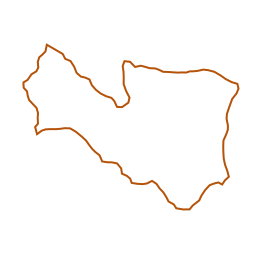 Ascurra, Santa Catarina, Brazil, rotated 184°
{"feature_id": "56859067B70069484893186", "entity_name": "Ascurra", "entity_type": "district", "adm_level": 2, "iso_a3": "BRA", "parent_name": "Brazil", "parent_adm1": "Santa Catarina", "projection": "albers", "projection_center": [-49.389, -26.969], "detail": "fine", "context": "isolated", "style": "outline", "palette": "amber", "viewbox_px": 256, "rotation_deg": 184, "n_neighbors": 0, "source": "geoboundaries", "source_scale": "gbopen_adm2", "svg_char_len": 1673}
<svg xmlns="http://www.w3.org/2000/svg" viewBox="0 0 256 256"><g transform="rotate(184 128 128)"><path d="M214.8,205.4L215.7,198.6L218.3,195.5L221.5,192.3L222.6,187.6L221.7,182.1L223.3,178.2L228.1,174.8L231.5,169.0L235.5,166.1L234.9,160.9L231.3,157.5L230.3,153.3L228.7,149.2L225.5,146.1L220.7,141.7L218.8,136.7L218.8,131.8L218.1,126.1L220.7,122.5L218.3,115.5L213.9,119.3L210.1,120.9L206.1,121.4L200.0,121.8L195.3,122.5L191.3,123.4L185.7,123.6L179.7,120.6L173.8,116.4L169.0,112.6L165.6,108.4L162.4,104.8L159.2,102.0L154.4,98.7L151.4,92.8L146.5,92.4L141.5,92.6L136.4,91.9L132.0,87.2L130.8,82.0L125.8,80.2L122.3,77.6L120.5,73.5L115.2,73.0L109.6,73.0L105.2,74.0L100.3,76.9L95.6,74.2L92.4,70.1L88.3,66.3L85.0,61.8L82.4,57.5L76.9,54.9L74.3,51.3L67.3,50.6L60.9,51.1L58.1,55.1L54.9,58.0L51.9,60.7L50.1,65.5L46.7,71.5L42.5,76.7L38.5,78.5L34.1,80.0L30.1,78.2L27.7,82.5L24.0,86.4L25.9,92.0L28.6,98.1L30.3,103.9L30.9,108.1L31.5,113.6L31.8,117.8L31.9,122.2L29.7,128.2L28.3,133.1L28.5,137.5L30.3,144.0L30.3,148.8L29.3,152.9L28.0,157.5L26.1,164.2L22.1,170.1L20.5,175.1L22.0,179.7L27.8,181.0L33.9,183.6L39.5,187.0L45.8,190.1L52.2,191.3L57.0,191.5L61.9,190.0L66.1,189.2L70.3,188.8L73.8,187.4L78.1,187.2L82.6,186.7L87.0,186.7L92.2,186.7L96.8,186.5L100.8,188.1L104.8,189.3L110.8,189.2L115.6,190.3L119.6,191.0L125.2,189.4L130.6,194.2L136.2,194.4L137.6,189.4L136.4,183.8L135.8,178.2L135.4,171.4L132.4,164.7L128.6,158.4L129.4,153.3L135.4,148.4L140.4,148.3L143.6,154.0L146.6,156.9L152.1,158.2L157.7,160.5L162.6,163.8L167.0,168.1L169.8,173.7L174.2,175.3L178.6,176.0L183.2,179.5L185.8,185.1L190.0,190.8L195.4,192.6L198.3,197.3L214.8,205.4Z" fill="none" stroke="#b45309" stroke-width="2"/></g></svg>